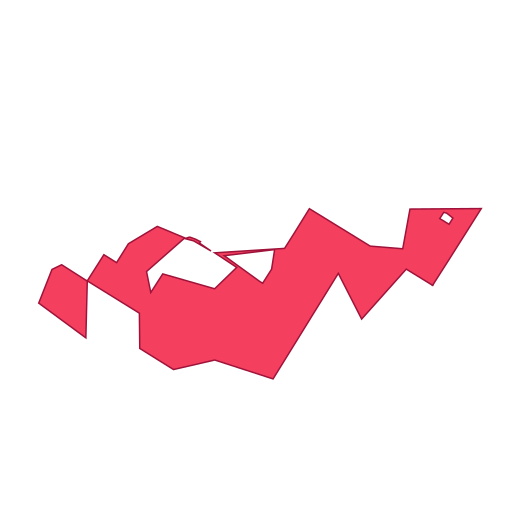 outline of Broomfield, Colorado, United States of America, rotated 32°
{"feature_id": "52423323B97588721690601", "entity_name": "Broomfield", "entity_type": "district", "adm_level": 2, "iso_a3": "USA", "parent_name": "United States of America", "parent_adm1": "Colorado", "projection": "albers", "projection_center": [-105.062, 39.967], "detail": "fine", "context": "isolated", "style": "filled", "palette": "rose", "viewbox_px": 512, "rotation_deg": 32, "n_neighbors": 0, "source": "geoboundaries", "source_scale": "gbopen_adm2", "svg_char_len": 877}
<svg xmlns="http://www.w3.org/2000/svg" viewBox="0 0 512 512"><g transform="rotate(32 256 256)"><path d="M421.5,187.3L421.5,187.1L421.3,187.2L421.6,156.9L421.9,96.4L361.7,134.6L376.6,172.1L347.6,187.1L276.2,187.6L276.3,216.3L276.2,234.4L219.3,275.2L245.7,275.9L238.3,305.7L186.4,320.6L186.1,342.7L171.4,327.2L186.0,278.4L156.6,283.2L141.3,313.2L141.3,335.5L126.3,335.5L126.1,366.7L95.8,366.4L90.1,375.5L96.7,411.1L155.1,415.6L126.1,366.5L187.4,366.3L206.4,396.0L246.2,396.0L276.1,366.1L335.6,351.2L335.0,227.1L379.0,253.5L390.4,187.5L421.5,187.3ZM268.4,240.7L276.2,258.9L276.1,275.6L272.4,275.6L228.9,272.6L268.4,240.7ZM392.0,126.9L392.1,119.5L395.0,118.6L402.9,119.5L402.9,126.8L392.0,126.9ZM186.5,278.9L195.2,276.2L215.2,275.6L201.2,275.0L201.2,273.2L200.6,273.4L196.2,273.7L190.4,274.9L189.4,275.4L186.5,278.9Z" fill="#f43f5e" stroke="#9f1239" stroke-width="1.5"/></g></svg>